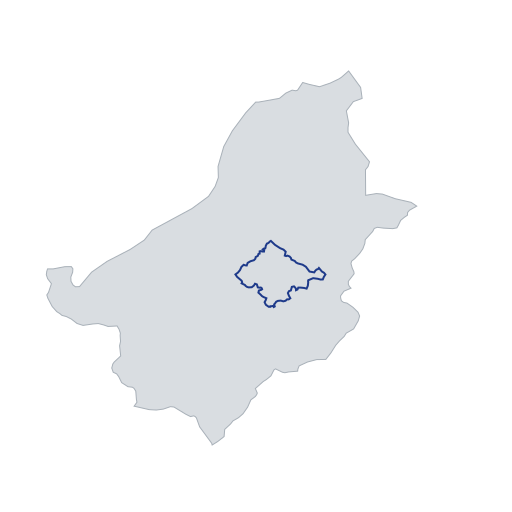 where Stara Zagora sits in Bulgaria, rotated 320°
{"feature_id": "BGR-2233", "entity_name": "Stara Zagora", "entity_type": "Province", "adm_level": 1, "iso_a3": "BGR", "parent_name": "Bulgaria", "parent_adm1": "", "projection": "mercator", "projection_center": [25.503, 42.404], "detail": "fine", "context": "in_parent", "style": "outline", "palette": "blue", "viewbox_px": 512, "rotation_deg": 320, "n_neighbors": 0, "source": "natural_earth", "source_scale": "10m", "svg_char_len": 3890}
<svg xmlns="http://www.w3.org/2000/svg" viewBox="0 0 512 512"><g transform="rotate(320 256 256)"><path d="M411.2,321.1L403.0,319.6L400.1,320.1L398.2,322.1L394.4,321.7L389.7,321.7L384.7,324.0L382.0,325.0L378.3,322.9L371.5,316.5L367.4,312.0L364.3,310.9L361.2,312.2L350.2,313.7L347.5,316.3L342.4,319.2L337.3,320.6L329.9,321.5L326.0,321.4L323.9,322.8L322.0,327.0L320.8,331.1L319.7,332.7L310.5,334.7L308.5,337.1L307.9,339.4L308.1,341.7L300.8,339.5L295.1,340.9L293.8,342.7L292.6,345.2L293.3,347.9L295.4,350.5L297.3,357.6L298.0,364.6L296.8,368.6L292.6,371.4L283.9,374.6L275.5,373.1L271.8,374.3L265.5,374.7L259.8,375.6L251.0,378.4L243.0,380.1L235.8,374.3L227.3,370.3L218.4,367.9L215.3,369.6L213.9,371.0L206.5,365.8L203.1,364.0L201.5,362.0L198.4,355.0L196.5,354.8L190.4,357.4L184.5,357.3L180.9,356.8L170.3,357.1L168.9,361.8L167.5,362.6L165.2,363.2L159.6,362.9L152.4,366.4L144.6,368.5L138.6,368.6L132.4,367.5L128.6,368.3L120.6,368.7L115.5,373.8L107.5,373.5L100.9,372.6L101.7,371.0L103.0,350.7L106.3,341.7L106.2,339.8L105.5,338.4L102.6,336.9L100.5,332.0L96.1,319.0L93.6,316.4L86.6,313.7L80.6,309.9L75.4,305.0L66.1,292.7L70.8,291.5L72.2,289.0L77.0,282.3L77.5,279.0L77.0,277.1L73.9,273.8L71.7,266.7L73.3,260.1L73.5,256.7L71.9,253.3L73.5,249.1L76.9,246.7L79.1,246.1L88.1,245.6L93.8,237.1L97.3,234.4L100.8,229.6L102.5,227.9L104.0,224.1L104.6,220.3L97.4,214.9L95.0,210.9L91.8,206.4L87.5,203.3L78.9,198.0L75.5,192.6L74.0,185.6L71.7,180.3L69.2,176.8L68.7,174.0L67.6,170.5L67.4,163.7L69.4,154.6L70.7,151.4L73.7,150.5L81.5,145.7L81.8,139.5L83.3,135.6L85.7,133.4L88.0,131.9L92.3,135.5L102.7,141.3L107.7,145.4L107.5,148.1L105.1,150.6L100.6,153.1L98.0,156.5L97.2,160.6L97.9,163.5L101.1,166.0L119.7,162.7L138.5,164.4L163.9,170.1L180.7,172.0L193.1,169.4L216.0,174.1L237.4,178.5L258.0,179.8L269.5,176.4L277.6,171.7L284.5,163.0L301.7,151.4L318.4,144.9L340.2,139.7L354.7,137.9L356.8,139.7L375.3,150.3L383.6,150.4L390.3,152.2L392.7,155.0L394.4,155.7L403.3,153.1L407.2,158.9L413.4,167.1L423.8,171.2L433.1,173.6L436.1,174.0L445.9,173.8L444.5,194.1L438.6,203.5L429.8,200.3L418.5,202.9L412.5,213.6L409.1,216.7L406.0,220.4L404.0,234.2L403.5,256.8L399.3,259.5L395.3,260.3L379.0,280.0L388.4,285.6L392.6,289.8L399.4,301.5L409.3,314.6L411.2,321.1Z" fill="#d9dde1" stroke="#a8b0b8" stroke-width="1"/><path d="M235.4,277.3L232.7,277.2L230.3,275.4L229.3,274.0L228.8,272.2L228.9,271.1L227.4,267.7L228.5,267.3L229.1,265.7L228.1,259.8L228.4,256.9L231.5,257.1L234.7,256.5L237.8,255.0L240.9,254.8L241.8,256.3L242.8,257.3L245.2,255.9L248.5,256.5L251.7,257.9L253.7,257.7L255.1,256.6L256.2,256.8L257.2,257.1L258.3,256.6L259.2,256.0L260.3,256.5L261.8,254.8L262.8,255.3L263.8,256.7L265.0,257.7L265.9,256.9L265.5,255.3L266.9,255.4L268.0,256.1L268.9,255.5L270.0,254.5L272.3,253.5L273.4,253.9L274.5,254.0L275.8,253.8L277.1,254.0L277.7,259.6L279.5,265.5L281.2,268.8L281.5,271.8L278.3,274.2L279.0,275.4L280.3,275.9L281.4,277.9L281.5,279.9L280.8,281.5L282.5,284.7L282.5,286.7L283.3,288.6L286.1,292.6L287.3,296.3L287.0,302.3L290.1,306.0L292.0,305.4L293.7,305.3L295.1,305.9L296.5,305.6L296.5,310.3L297.3,312.5L297.3,314.8L294.6,315.6L292.1,316.9L290.3,315.5L288.7,313.2L285.5,309.7L281.2,308.4L280.7,308.1L279.8,308.6L279.2,309.6L276.6,312.1L273.8,313.5L272.3,311.4L269.8,308.8L268.1,307.4L266.2,308.3L264.7,307.9L265.6,306.6L265.7,305.2L265.6,303.7L263.6,302.7L260.6,304.8L258.6,304.1L256.6,304.9L255.7,307.5L255.1,310.4L254.5,310.3L253.8,310.4L253.1,310.2L252.4,309.6L252.0,309.2L251.3,309.2L249.9,309.3L247.8,308.3L246.3,306.1L244.0,304.5L242.1,304.0L239.9,304.6L238.8,304.7L237.9,306.7L236.8,306.5L237.0,305.4L236.4,304.8L235.4,304.4L234.7,303.7L234.2,304.0L233.1,303.1L232.2,299.7L232.9,296.9L235.0,296.1L236.8,295.0L235.4,292.3L234.8,290.5L234.7,288.5L234.3,285.6L236.0,284.3L238.3,285.3L239.3,285.4L239.7,284.3L239.4,283.2L238.6,282.8L237.2,281.2L238.4,278.3L237.4,276.6L235.4,277.3Z" fill="none" stroke="#1e3a8a" stroke-width="2"/></g></svg>